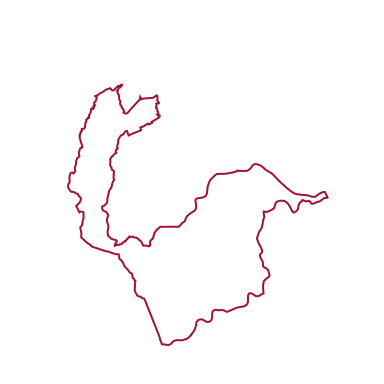 outline of Barranco De Loba, Bolívar, Colombia, rotated 154°
{"feature_id": "7082276B19488322706290", "entity_name": "Barranco De Loba", "entity_type": "district", "adm_level": 2, "iso_a3": "COL", "parent_name": "Colombia", "parent_adm1": "Bolívar", "projection": "natural_earth1", "projection_center": [-74.141, 8.804], "detail": "fine", "context": "isolated", "style": "outline", "palette": "rose", "viewbox_px": 384, "rotation_deg": 154, "n_neighbors": 0, "source": "geoboundaries", "source_scale": "gbopen_adm2", "svg_char_len": 6061}
<svg xmlns="http://www.w3.org/2000/svg" viewBox="0 0 384 384"><g transform="rotate(154 192 192)"><path d="M207.9,319.1L208.9,319.4L210.0,318.1L210.3,318.7L211.3,319.6L212.0,319.7L216.1,318.4L217.7,317.6L219.2,318.3L220.1,321.2L224.8,321.7L228.5,321.0L231.8,321.0L233.5,320.5L236.9,320.6L236.6,319.7L235.7,319.8L236.2,318.6L238.5,316.0L240.9,315.2L240.9,314.6L241.5,313.8L241.2,312.8L242.0,313.0L242.4,312.4L242.8,312.3L243.0,312.0L242.8,311.1L243.7,310.3L244.6,309.9L244.9,310.1L244.7,310.7L244.9,311.0L245.2,310.5L246.4,310.7L247.7,308.5L249.2,307.0L250.7,306.4L252.1,303.7L252.4,303.8L252.5,304.5L253.0,304.5L254.4,303.2L255.6,303.2L256.2,301.5L257.5,301.0L258.3,299.3L259.2,298.5L259.3,297.7L259.8,297.1L261.0,296.3L263.4,297.0L264.0,296.2L264.1,295.1L265.6,295.0L266.1,293.9L267.2,293.3L267.5,292.4L268.4,291.9L268.5,291.0L269.1,290.2L269.4,288.8L269.5,287.0L270.2,285.4L270.0,284.5L270.4,282.1L271.0,280.2L271.5,280.0L272.5,280.5L273.4,280.2L276.4,277.1L277.1,275.4L277.5,273.5L280.2,272.8L282.5,270.7L284.1,267.9L286.7,265.1L287.3,263.8L287.6,262.0L290.2,260.6L290.5,260.7L291.2,262.2L293.1,262.0L294.1,261.3L295.8,258.9L297.3,255.1L298.1,254.1L299.7,253.4L301.1,251.1L301.3,250.1L301.0,247.0L300.6,245.7L300.0,244.7L298.4,244.1L296.8,241.5L295.5,240.5L295.5,238.4L294.5,235.2L295.1,234.1L296.7,232.4L298.4,231.5L302.2,230.2L302.1,223.2L301.4,223.5L299.0,222.2L298.6,221.5L298.9,220.2L301.0,215.9L303.7,213.1L304.2,211.5L305.4,210.7L306.0,209.9L308.0,209.2L309.5,203.4L311.5,199.7L308.6,192.5L307.9,191.2L307.2,190.4L307.0,189.4L305.5,186.4L295.5,176.6L293.6,175.4L291.7,173.3L287.6,169.4L285.2,168.2L286.5,163.4L285.8,162.3L285.3,160.6L285.0,157.9L285.3,155.5L284.4,152.0L283.8,150.5L283.2,146.7L281.9,145.5L282.1,143.3L282.9,140.5L282.1,139.4L282.4,137.9L281.8,137.0L284.0,133.8L284.3,132.8L286.6,128.8L286.8,126.8L286.7,123.2L285.9,121.7L284.0,120.3L283.5,118.6L281.6,117.1L281.6,116.5L284.7,76.1L285.5,72.7L285.6,71.2L285.4,71.1L285.8,68.5L280.1,64.7L277.7,64.6L274.8,65.9L272.8,66.0L270.9,65.7L266.0,63.0L262.0,62.6L261.9,62.3L259.2,62.5L255.1,64.0L255.2,64.3L252.2,65.6L249.8,67.2L247.7,69.4L244.7,73.3L242.4,74.2L239.4,73.6L237.7,71.7L236.0,69.1L234.6,68.2L233.1,67.8L231.9,67.9L230.9,68.3L228.9,70.4L226.6,74.8L225.8,75.6L223.6,76.1L222.5,75.8L219.2,73.6L217.8,73.5L214.9,71.3L213.6,69.3L212.2,68.8L203.6,68.5L201.2,68.1L195.3,66.4L192.7,66.6L191.3,67.3L190.1,68.3L186.8,74.7L185.2,75.8L184.5,75.7L182.9,74.7L180.8,71.5L180.9,71.2L179.5,69.9L177.8,69.3L172.8,69.6L172.3,69.4L169.2,76.7L166.6,80.4L163.3,81.5L160.3,82.0L159.3,82.5L158.8,83.1L158.1,86.2L157.9,88.5L158.5,90.5L160.3,92.9L160.7,94.3L159.6,96.4L159.0,98.1L159.2,103.3L158.7,105.5L157.9,106.2L155.7,106.9L155.2,107.4L154.9,108.1L154.3,111.0L154.5,117.4L154.0,121.8L149.5,126.5L145.1,129.2L142.9,131.8L140.5,135.3L137.9,138.0L136.6,142.3L135.8,143.0L134.8,142.0L132.4,141.0L126.3,141.2L125.3,141.5L121.7,145.3L120.0,146.1L117.6,145.8L114.9,144.8L113.1,143.6L112.2,142.5L111.0,140.0L110.5,137.6L110.4,131.7L110.1,129.7L109.7,129.1L107.1,128.9L105.2,129.6L104.1,130.5L102.1,133.2L100.7,134.5L99.0,135.5L97.4,135.4L96.5,136.4L95.5,135.8L94.1,133.8L91.0,132.8L90.0,131.6L89.7,129.2L88.0,128.3L86.0,128.3L82.5,127.9L81.5,127.5L76.0,128.6L74.4,128.2L73.3,127.5L72.5,127.7L72.5,132.0L72.7,133.8L73.6,134.3L74.9,134.6L78.3,134.6L83.5,133.7L86.1,135.1L89.9,138.6L94.7,141.4L99.3,144.5L100.4,145.7L102.6,149.0L104.8,153.6L108.6,162.9L111.9,173.4L115.6,178.9L118.5,185.4L120.7,187.9L122.7,189.3L123.9,189.6L125.3,189.5L129.5,187.4L132.8,186.8L135.2,187.7L140.9,190.6L141.4,191.1L141.5,190.7L147.3,191.8L153.3,193.5L161.6,197.2L163.5,197.1L169.5,195.1L171.9,193.7L175.7,189.8L179.0,184.5L179.9,183.5L180.8,182.8L182.1,182.3L183.2,182.3L185.7,182.6L189.6,183.8L190.6,184.0L192.1,183.6L192.7,182.7L194.5,177.3L195.3,175.9L196.9,174.5L198.0,174.0L202.0,173.7L206.6,172.6L208.5,171.5L211.0,169.2L211.8,168.8L214.5,168.4L218.9,166.5L235.9,174.7L236.6,174.3L240.3,173.6L241.6,172.6L243.5,172.0L244.5,170.3L245.5,170.0L246.5,168.1L247.4,167.7L248.0,167.1L250.0,166.8L251.6,165.7L251.9,164.5L252.4,163.9L252.4,163.1L253.0,162.9L253.1,162.3L253.6,162.0L254.8,162.1L255.9,163.5L259.3,165.2L259.4,170.0L260.6,172.2L260.6,173.2L261.5,174.2L262.2,175.7L263.3,176.0L265.0,177.9L267.2,178.5L267.8,179.5L268.9,178.7L270.0,178.6L270.7,178.0L271.8,178.0L272.5,177.2L274.0,177.3L274.1,176.8L274.6,176.6L276.5,177.0L277.5,176.2L279.1,176.3L279.6,176.6L281.5,176.5L282.1,177.4L282.5,177.5L284.9,177.5L284.6,178.4L281.0,180.8L281.1,181.7L285.0,185.3L286.0,188.3L286.6,188.9L286.4,190.3L285.4,193.2L282.1,197.7L281.5,201.9L280.5,204.7L277.7,207.5L277.4,208.5L277.7,211.5L279.6,213.6L280.1,214.6L280.1,216.0L279.8,217.2L278.7,218.5L276.3,218.3L273.5,219.3L272.1,221.0L270.6,223.8L268.2,226.4L266.2,229.1L264.2,230.5L263.4,230.7L261.4,232.5L260.6,233.8L258.2,236.3L256.9,236.8L256.5,237.6L256.4,239.1L254.9,241.4L254.4,242.9L252.9,245.0L254.3,247.4L253.6,249.3L253.9,250.9L253.6,252.8L252.2,254.6L251.2,257.3L248.6,259.0L247.5,259.0L244.8,260.4L243.4,260.1L243.0,260.2L242.6,262.6L241.9,263.2L239.8,263.5L239.5,264.1L239.7,265.1L239.4,265.7L236.8,268.6L235.3,271.4L231.8,273.7L230.5,274.0L228.5,273.9L225.5,275.7L223.7,275.4L224.2,270.6L219.5,270.5L210.7,269.8L210.2,272.6L206.9,272.4L206.8,272.2L201.6,272.8L201.2,271.6L197.7,271.7L197.7,272.6L188.3,273.5L187.8,274.2L187.6,275.2L189.0,275.6L189.3,277.0L188.5,276.8L187.5,277.9L187.5,280.0L187.0,282.0L187.4,283.3L187.3,283.8L186.7,283.8L186.4,284.2L186.5,284.7L185.5,286.5L185.4,287.1L184.1,286.8L183.5,286.2L182.6,286.5L183.1,289.6L182.0,291.2L181.2,293.5L181.3,294.3L186.2,293.8L194.3,297.2L196.6,297.5L196.9,300.1L198.5,297.7L199.8,297.5L208.8,294.1L215.3,291.3L216.2,291.2L217.1,291.5L218.7,293.1L218.7,293.6L218.0,293.7L217.4,296.2L218.2,298.6L217.6,300.3L218.1,301.3L218.0,302.6L217.7,303.6L217.0,304.1L216.5,305.3L216.9,306.7L216.0,309.3L215.4,310.4L215.3,311.7L215.5,312.3L215.2,314.7L214.6,315.1L214.8,315.8L214.1,315.9L213.8,316.5L213.0,316.8L212.3,317.8L211.1,317.5L210.1,317.7L208.6,318.3L207.9,319.1Z" fill="none" stroke="#9f1239" stroke-width="2"/></g></svg>